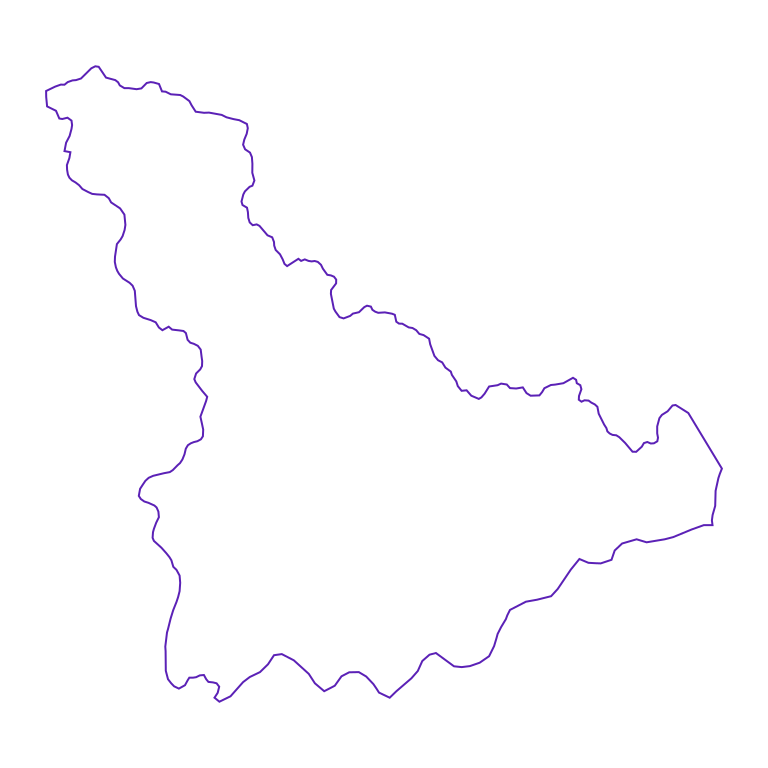 Terra Santa, Pará, Brazil
{"feature_id": "56859067B55626179561837", "entity_name": "Terra Santa", "entity_type": "district", "adm_level": 2, "iso_a3": "BRA", "parent_name": "Brazil", "parent_adm1": "Pará", "projection": "robinson", "projection_center": [-56.49, -1.905], "detail": "fine", "context": "isolated", "style": "outline", "palette": "violet", "viewbox_px": 768, "rotation_deg": 0, "n_neighbors": 0, "source": "geoboundaries", "source_scale": "gbopen_adm2", "svg_char_len": 4766}
<svg xmlns="http://www.w3.org/2000/svg" viewBox="0 0 768 768"><path d="M712.5,525.1L711.9,520.4L712.6,515.0L715.2,505.9L715.6,490.8L718.4,478.1L719.8,473.9L721.9,468.6L688.3,413.0L675.6,405.0L672.5,405.5L667.6,411.3L661.9,414.9L659.4,418.2L657.2,426.4L657.2,433.4L658.0,437.7L657.3,441.3L653.9,443.3L650.8,443.5L647.3,442.0L643.9,443.1L641.8,446.7L636.2,451.8L632.5,451.7L625.1,442.9L619.3,437.2L616.3,435.3L612.5,434.9L609.7,433.5L607.4,431.4L606.4,428.1L604.1,424.5L598.7,413.7L597.4,406.8L594.8,404.4L591.3,402.6L588.6,400.6L584.5,400.3L581.5,401.7L578.8,399.7L579.0,396.0L581.4,389.2L580.3,385.2L576.8,383.2L576.1,379.8L573.0,377.8L563.4,383.2L555.1,384.6L550.9,385.0L544.4,388.2L542.1,392.1L539.4,395.4L530.6,395.7L526.5,393.1L522.8,387.4L516.2,388.5L510.0,388.1L506.8,384.5L501.1,383.6L497.6,385.2L489.1,386.5L484.6,393.7L481.4,397.4L478.8,398.9L471.3,395.7L466.6,390.3L461.6,390.8L457.8,386.1L456.3,381.4L451.9,374.9L450.8,371.6L445.4,367.6L442.2,362.4L438.0,360.2L434.4,355.9L430.2,344.3L429.1,338.7L423.6,335.1L419.3,333.9L416.2,330.2L412.5,328.0L408.7,327.4L402.3,323.7L399.0,323.6L396.3,321.7L394.8,314.8L392.0,313.7L384.9,312.4L378.2,312.8L375.2,311.7L372.4,309.8L370.9,306.6L367.0,305.7L364.3,307.1L359.0,312.2L352.9,313.6L350.2,315.9L343.6,318.4L339.5,317.1L335.4,311.5L333.8,308.6L330.9,293.9L331.1,290.0L336.1,283.4L336.2,279.6L334.0,276.7L330.9,275.4L327.3,274.8L322.9,268.7L321.0,264.8L317.8,261.9L314.7,261.0L311.6,261.4L308.5,260.9L304.8,259.4L301.1,260.9L298.4,258.8L287.1,266.1L284.5,263.9L282.7,259.4L280.0,254.3L275.7,250.0L274.2,245.6L274.0,242.0L272.2,237.3L267.5,235.3L259.5,225.9L256.7,224.4L252.7,225.2L249.7,222.4L248.3,217.9L247.9,212.1L247.0,207.7L242.5,205.0L241.5,201.5L243.3,194.5L244.9,191.4L249.6,186.8L252.4,185.7L254.4,180.5L252.3,172.8L252.4,163.8L251.9,157.1L250.0,152.6L245.1,149.3L243.1,144.7L244.3,139.6L246.7,133.8L247.8,128.2L246.9,124.0L239.3,120.2L233.5,119.1L226.5,117.3L221.7,114.9L209.0,112.6L204.0,112.8L195.7,111.7L191.6,105.3L189.4,101.1L183.2,96.5L180.2,95.0L170.8,94.3L165.6,91.7L162.0,91.4L159.0,84.0L153.7,82.5L150.7,82.1L146.7,83.0L141.4,88.4L136.6,89.2L128.6,88.1L124.3,88.1L119.8,85.4L118.1,82.3L115.3,80.1L106.0,77.6L98.7,66.8L95.3,66.3L91.3,68.3L81.0,78.5L76.0,80.1L72.5,80.4L67.7,82.1L64.5,84.7L60.8,84.6L55.2,86.6L46.1,91.0L46.2,97.0L47.1,106.4L56.0,110.8L59.3,118.5L62.3,119.0L67.5,117.7L71.5,120.6L72.1,125.1L71.5,128.9L69.6,136.0L66.1,142.7L64.5,151.1L70.4,152.2L69.4,158.0L66.9,165.1L67.1,169.8L67.9,174.5L69.4,177.7L71.9,180.3L75.6,182.5L79.1,185.2L82.4,189.0L87.9,191.9L92.2,193.9L97.0,194.4L104.5,194.8L108.8,198.2L111.1,202.4L120.1,208.4L124.4,214.6L125.4,224.9L124.6,230.0L122.6,236.1L120.6,239.5L116.9,244.1L115.0,256.7L114.8,261.9L115.9,267.3L117.3,270.9L119.0,273.8L122.9,278.5L129.6,282.8L132.6,285.7L134.8,290.8L136.0,306.2L137.4,311.7L139.0,315.1L143.4,317.8L150.7,320.1L155.7,322.3L158.9,327.5L162.4,330.2L168.7,326.7L172.1,329.6L179.2,330.4L183.5,331.0L185.9,333.1L187.6,339.8L190.3,342.7L193.8,343.8L197.8,345.8L200.7,349.6L201.6,356.9L202.2,361.1L202.0,366.1L200.2,369.4L196.1,373.5L194.3,379.1L195.7,382.4L202.1,390.8L207.2,396.8L206.1,401.0L202.7,410.4L200.4,416.7L201.8,423.0L203.2,429.6L202.9,436.3L200.9,439.3L197.4,441.2L193.8,442.1L190.8,443.3L187.9,445.2L185.8,448.7L184.5,454.3L182.4,459.5L180.0,463.1L177.6,465.2L172.8,470.1L169.8,472.1L164.0,473.2L153.2,475.8L148.7,477.8L145.4,480.8L142.9,484.5L140.1,488.8L138.8,495.9L140.8,499.0L144.3,501.5L148.4,502.8L154.4,505.5L156.6,507.5L158.4,511.6L158.9,517.2L156.2,522.7L153.9,528.9L153.0,532.2L152.6,537.8L153.9,540.9L161.5,547.8L166.3,553.2L169.5,557.2L171.4,560.3L173.3,566.8L176.5,569.9L179.6,575.6L180.2,582.8L179.6,591.2L178.1,597.1L176.5,601.9L173.2,610.2L170.6,618.6L168.0,629.1L167.0,632.5L165.3,646.6L165.6,651.2L165.8,670.8L168.0,679.2L171.2,683.3L174.1,686.3L178.9,688.6L185.0,685.2L187.6,680.4L189.3,677.7L192.8,677.7L196.1,677.2L199.8,675.4L203.9,675.0L206.2,679.2L208.4,681.9L213.0,682.4L216.6,683.3L219.2,686.7L217.7,692.8L214.5,697.7L219.4,701.7L230.5,696.3L243.1,682.1L249.8,677.0L260.0,672.1L268.0,664.3L274.0,655.2L281.8,654.1L293.8,660.3L308.8,673.9L314.9,683.3L324.2,691.2L331.6,687.4L334.8,685.7L341.5,676.3L349.2,672.3L358.8,672.1L366.2,676.5L373.4,684.1L376.6,688.8L379.0,692.6L389.7,697.7L396.3,691.3L411.4,678.3L417.8,671.0L422.3,661.0L429.5,654.7L435.9,653.0L454.0,666.3L461.7,667.1L469.9,666.1L479.7,662.7L484.9,659.1L489.1,656.2L494.1,646.1L496.5,638.1L497.6,634.0L501.1,627.1L505.9,619.1L507.3,615.3L510.0,609.9L525.9,601.7L537.1,599.7L551.1,596.2L557.7,589.0L570.8,569.6L579.4,559.0L588.4,562.8L595.3,563.2L600.7,563.4L611.5,559.8L614.7,550.5L622.1,543.5L636.6,539.3L646.6,542.3L664.7,539.3L673.2,537.1L691.6,529.5L703.9,525.1L712.5,525.1Z" fill="none" stroke="#5b21b6" stroke-width="2"/></svg>